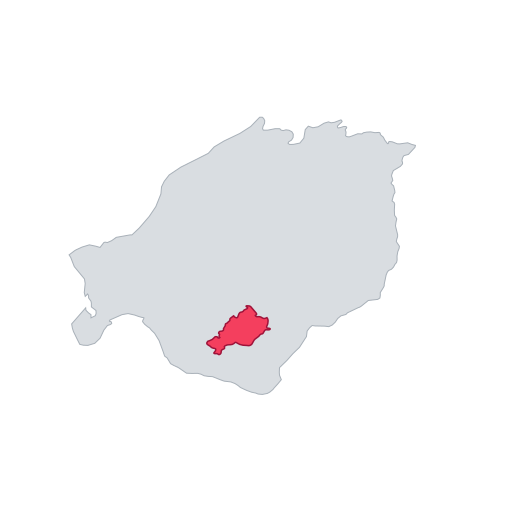 location of Neamt within Romania, rotated 143°
{"feature_id": "ROU-309", "entity_name": "Neamt", "entity_type": "County", "adm_level": 1, "iso_a3": "ROU", "parent_name": "Romania", "parent_adm1": "", "projection": "robinson", "projection_center": [26.462, 46.963], "detail": "fine", "context": "in_parent", "style": "filled", "palette": "rose", "viewbox_px": 512, "rotation_deg": 143, "n_neighbors": 0, "source": "natural_earth", "source_scale": "10m", "svg_char_len": 5908}
<svg xmlns="http://www.w3.org/2000/svg" viewBox="0 0 512 512"><g transform="rotate(143 256 256)"><path d="M388.4,281.8L392.8,287.0L398.3,289.8L411.0,292.8L412.2,292.4L412.3,291.9L411.4,291.1L411.3,290.1L411.9,288.9L413.6,288.9L416.5,289.9L422.0,288.4L430.0,284.2L437.3,283.3L444.1,285.8L447.6,288.7L449.9,291.5L449.3,294.8L448.9,297.0L447.2,305.7L446.0,309.0L444.1,312.7L423.2,317.1L424.5,315.0L424.0,311.3L423.1,308.5L425.0,305.9L420.2,305.0L418.2,306.4L416.6,308.8L418.1,314.4L415.8,317.5L415.0,319.2L414.9,323.3L413.6,325.1L413.3,327.0L416.7,326.5L415.2,330.1L409.0,336.8L406.8,340.9L407.5,356.9L404.8,366.5L404.6,369.4L397.9,369.4L395.9,369.2L389.5,367.8L382.4,365.2L378.1,360.3L375.4,356.7L369.4,358.3L368.2,357.9L366.6,356.2L362.0,355.1L356.4,355.0L343.8,348.6L342.4,347.5L332.5,348.6L317.6,351.8L306.3,355.7L294.6,362.8L289.8,368.1L284.3,370.9L276.5,373.0L262.5,372.2L247.9,369.5L232.3,366.7L223.8,368.3L212.4,367.1L195.1,363.6L182.3,362.6L169.6,364.6L167.5,363.1L167.1,361.3L167.6,358.8L169.4,356.8L172.5,355.2L174.2,353.7L174.4,352.1L171.0,349.5L164.0,346.1L161.1,343.9L160.4,343.3L160.2,341.4L158.8,339.8L156.1,338.7L154.0,336.6L152.6,333.7L152.9,330.9L155.1,328.3L157.9,327.2L161.2,327.5L162.6,326.8L162.1,324.9L158.9,322.6L153.0,319.8L146.9,321.3L140.6,327.3L136.1,328.2L133.4,324.2L128.6,321.8L121.7,321.1L117.4,319.5L115.9,317.2L112.8,315.5L106.2,313.6L106.1,311.8L107.2,311.3L109.6,311.2L112.8,310.8L113.4,309.8L113.4,308.8L110.9,307.6L108.4,306.8L107.1,306.0L106.2,305.1L106.1,304.2L106.9,303.6L107.9,303.5L108.9,303.0L109.5,300.8L111.0,299.1L112.0,298.4L111.9,297.1L110.9,295.9L109.6,294.9L107.5,294.2L101.2,292.4L98.0,289.8L96.1,289.8L93.0,288.3L89.7,286.1L86.8,282.9L83.7,280.9L83.0,280.1L82.9,279.3L83.5,278.4L83.5,277.4L82.8,274.3L83.4,271.0L83.4,268.0L83.4,266.6L82.8,266.2L82.2,266.6L81.4,267.2L80.7,267.3L78.4,265.1L75.6,260.5L73.7,259.0L69.9,256.9L66.7,255.1L64.4,251.3L62.1,248.4L63.7,247.1L73.1,245.4L77.4,247.1L79.3,246.5L81.2,245.1L82.3,244.0L82.5,242.8L83.5,241.4L86.7,240.7L94.9,241.6L98.3,239.5L99.6,238.4L100.4,236.0L101.3,234.0L104.3,233.0L104.3,231.2L103.9,229.2L105.8,224.8L106.9,223.0L108.6,222.4L110.6,221.0L114.2,218.1L113.5,215.6L114.2,213.8L118.0,209.3L120.9,205.0L120.9,202.8L121.3,200.9L123.8,198.8L126.5,196.1L130.1,187.7L131.3,186.2L133.6,184.6L135.3,183.0L135.6,177.5L137.2,175.9L140.2,174.1L143.3,171.2L145.8,167.8L147.7,166.2L150.1,165.7L152.8,164.4L155.8,163.9L158.7,164.6L160.6,164.2L163.4,162.6L170.6,156.3L171.6,155.0L173.1,154.2L178.8,152.0L180.3,149.9L182.3,147.9L184.9,148.1L193.1,152.9L202.0,152.6L203.6,152.7L204.2,152.8L205.3,153.2L217.1,155.6L218.9,155.3L219.4,155.2L224.2,157.1L228.4,156.9L232.4,155.5L236.6,155.0L240.4,155.8L243.3,158.6L250.8,164.5L253.0,166.7L256.5,166.4L260.3,165.3L264.2,161.3L276.2,156.9L285.3,155.8L294.1,154.0L304.4,152.7L307.4,149.1L309.0,146.6L310.2,142.0L315.7,140.7L321.0,139.7L322.8,139.2L326.7,139.0L329.6,139.4L334.2,141.6L337.4,144.5L338.7,146.7L341.5,149.9L344.4,154.4L347.6,160.4L348.3,163.4L349.5,166.7L351.9,170.6L356.5,175.0L357.2,175.9L359.2,179.0L363.3,185.8L366.6,188.6L369.5,191.6L371.0,194.6L373.1,197.3L378.0,200.9L382.0,204.2L385.2,213.7L387.5,218.0L389.0,221.4L388.3,228.1L389.2,231.0L387.5,236.2L384.3,246.8L383.5,255.3L384.2,259.8L384.3,262.7L385.1,264.6L386.0,268.5L386.1,271.8L385.0,272.8L383.3,273.5L382.7,274.2L384.2,275.8L386.3,278.6L388.4,281.8Z" fill="#d9dde1" stroke="#a8b0b8" stroke-width="1"/><path d="M292.0,209.0L292.3,209.0L292.4,208.8L292.5,208.4L292.2,207.5L291.9,207.0L291.3,206.6L290.0,205.7L289.2,204.8L288.7,204.0L288.1,202.5L287.6,201.7L287.0,201.1L286.4,200.8L285.3,200.4L284.4,200.2L284.4,199.1L284.9,197.7L285.4,196.9L287.2,195.0L287.8,194.5L289.4,193.6L290.1,193.1L290.4,192.6L290.5,192.1L290.4,191.7L290.1,191.3L289.3,190.7L288.6,189.8L288.5,189.5L288.6,189.2L289.0,189.0L289.4,189.0L289.9,189.2L290.5,189.5L292.3,191.0L292.8,191.3L293.3,191.3L294.1,191.2L297.0,190.0L297.6,190.0L298.2,190.2L298.7,190.5L299.4,190.7L300.1,190.7L302.2,190.2L306.8,190.2L308.3,189.9L312.1,188.2L313.0,188.0L313.8,188.1L314.6,188.2L315.3,188.5L315.9,188.9L317.3,190.2L320.1,192.6L322.2,195.2L323.4,197.7L323.7,198.5L324.1,199.2L324.6,199.5L325.3,199.5L326.1,199.4L327.0,199.5L328.2,199.7L329.7,200.5L332.1,202.1L333.2,202.5L334.9,202.9L335.4,202.8L335.8,202.7L336.0,202.3L336.4,201.5L336.7,201.2L337.3,201.1L339.2,201.5L340.0,201.5L340.5,201.4L340.9,201.0L342.3,199.6L342.8,199.4L343.5,199.2L344.4,199.3L344.9,199.5L345.2,199.9L345.4,200.4L345.5,200.9L345.9,201.4L346.4,201.9L347.4,202.6L347.9,203.1L348.1,203.5L348.0,203.9L347.6,204.1L346.4,204.4L345.7,204.6L345.0,205.0L344.5,205.4L344.2,205.9L344.3,206.5L344.7,207.1L345.6,208.1L346.3,209.1L346.5,209.6L346.7,210.2L347.0,211.8L347.9,214.0L348.0,214.8L348.1,215.4L347.6,216.2L346.0,216.9L344.8,216.6L344.4,216.4L341.1,215.7L340.1,215.8L337.2,216.1L336.4,215.6L335.9,215.1L335.6,214.6L335.6,214.2L335.7,213.9L335.6,213.5L335.4,213.1L334.6,212.6L334.1,212.6L333.9,212.7L334.0,213.1L334.0,213.5L333.9,213.9L333.6,214.3L332.5,215.1L332.3,215.4L332.3,215.8L332.4,216.2L332.4,216.6L332.2,217.0L331.7,217.4L331.0,217.6L330.4,217.6L329.9,217.4L328.6,216.6L327.6,216.3L326.8,216.3L326.3,216.6L325.9,217.3L325.6,217.6L323.1,218.6L322.5,218.9L321.7,219.7L321.4,220.0L320.9,220.1L319.2,219.8L317.7,220.1L316.2,220.1L315.8,220.2L315.4,220.5L315.1,221.0L314.7,221.4L314.3,221.6L313.6,221.7L310.4,221.7L309.9,221.7L309.8,221.4L309.8,221.2L309.9,220.8L310.0,220.5L309.8,220.1L309.6,219.7L309.4,219.4L308.9,218.6L308.6,218.3L308.0,218.1L307.5,218.2L307.1,218.4L304.6,220.0L303.5,220.4L302.7,220.5L302.2,220.4L301.0,219.8L300.1,219.6L299.5,219.6L298.0,220.0L294.7,219.3L294.3,219.4L293.9,219.6L293.9,220.1L294.2,221.2L294.2,221.6L294.1,221.9L293.6,221.9L293.2,221.7L291.8,220.5L291.2,219.9L290.9,219.3L290.7,218.7L290.2,210.3L290.3,209.7L290.4,209.3L290.6,209.1L290.9,208.9L291.3,208.9L292.0,209.0Z" fill="#f43f5e" stroke="#9f1239" stroke-width="1.5"/></g></svg>